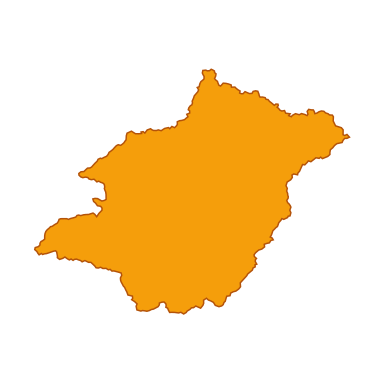 outline of Dom Feliciano, Rio Grande do Sul, Brazil, rotated 86°
{"feature_id": "56859067B48713778457520", "entity_name": "Dom Feliciano", "entity_type": "district", "adm_level": 2, "iso_a3": "BRA", "parent_name": "Brazil", "parent_adm1": "Rio Grande do Sul", "projection": "orthographic", "projection_center": [-52.217, -30.609], "detail": "fine", "context": "isolated", "style": "filled", "palette": "amber", "viewbox_px": 384, "rotation_deg": 86, "n_neighbors": 0, "source": "geoboundaries", "source_scale": "gbopen_adm2", "svg_char_len": 5239}
<svg xmlns="http://www.w3.org/2000/svg" viewBox="0 0 384 384"><g transform="rotate(86 192 192)"><path d="M238.5,352.9L240.5,350.9L242.4,350.0L244.0,348.9L242.8,346.6L243.9,345.4L243.4,343.6L243.3,341.4L242.2,337.2L241.4,334.3L241.1,332.2L242.4,331.2L246.5,330.7L248.1,330.9L250.0,328.8L249.2,325.6L248.0,323.3L250.0,320.9L251.2,319.1L250.4,317.3L251.9,315.4L251.0,313.9L250.9,311.8L251.8,310.0L252.6,307.9L254.0,306.5L252.9,303.6L254.9,300.2L255.1,297.8L257.2,295.8L259.1,294.1L260.9,293.0L261.3,290.9L260.7,288.4L262.1,286.2L262.2,283.0L263.8,280.9L263.5,279.0L265.3,277.4L265.3,275.4L267.0,270.4L267.9,268.3L270.2,267.9L272.7,269.4L275.0,269.4L276.6,269.0L278.8,268.0L281.1,267.0L282.4,265.9L285.1,264.9L287.1,264.0L290.3,263.1L291.7,258.7L294.0,258.6L295.2,259.7L297.3,256.9L299.8,254.6L302.1,255.7L305.8,255.2L307.2,251.3L306.8,249.6L307.2,247.6L307.8,245.3L307.3,242.8L306.4,240.8L306.1,238.5L304.0,233.8L302.3,232.5L300.5,232.3L299.8,229.8L299.8,227.5L301.7,225.9L303.4,225.7L305.2,226.1L306.2,224.4L308.2,223.8L310.6,222.7L310.6,220.8L310.9,217.8L311.7,213.8L311.2,211.5L313.1,208.8L311.8,206.2L310.4,205.1L309.0,202.3L307.5,200.6L307.5,198.5L306.0,196.2L308.5,191.5L305.8,189.0L303.8,188.1L300.7,188.0L299.0,185.0L300.9,183.2L301.9,181.0L303.6,178.3L306.7,176.7L308.3,173.1L307.7,170.3L306.5,168.7L304.4,167.8L303.4,166.5L300.3,165.4L298.4,164.6L298.1,161.3L295.5,160.4L294.4,157.8L293.9,155.1L292.0,152.1L289.9,150.2L286.0,150.2L280.4,144.3L279.2,143.1L277.8,142.3L274.1,137.2L272.1,136.4L271.1,134.2L269.0,134.2L268.5,132.4L265.9,133.7L264.0,133.5L262.8,132.3L260.7,134.3L259.0,134.5L257.1,132.9L254.6,129.6L253.8,126.3L251.8,123.4L249.2,123.6L248.5,121.0L248.1,118.3L245.9,116.8L245.4,114.3L243.5,115.2L242.4,117.1L240.3,115.7L238.4,114.9L236.2,114.0L234.9,112.4L233.4,110.8L232.4,109.2L230.7,108.4L228.7,107.6L226.2,105.1L224.8,104.2L225.7,102.4L225.0,100.6L224.2,98.5L222.8,97.7L222.7,95.9L219.6,94.8L217.0,95.7L214.0,94.4L212.6,94.9L210.8,95.9L209.3,97.3L207.1,98.1L204.8,96.5L203.3,96.3L201.9,96.7L200.1,96.7L197.7,97.5L195.0,96.7L192.3,97.8L188.7,96.4L186.7,92.7L184.5,90.9L182.1,91.1L181.1,89.3L182.2,85.5L180.6,85.1L178.7,83.2L176.6,82.1L172.3,79.8L172.8,77.6L170.4,74.9L169.1,73.8L170.1,71.3L167.7,67.7L166.5,66.0L167.3,62.8L166.2,61.2L167.8,59.6L166.0,54.1L164.2,51.8L162.2,51.7L159.5,51.0L157.7,48.5L155.6,46.6L153.9,44.2L153.1,38.8L151.1,37.8L149.2,36.0L149.3,33.7L148.3,31.1L145.4,33.4L146.3,35.7L145.4,37.3L140.5,36.9L138.3,38.5L136.0,44.2L131.0,46.2L126.8,45.7L125.1,46.6L124.7,49.5L123.4,50.8L122.4,53.3L120.7,54.8L120.2,57.3L120.8,59.7L122.0,61.9L122.4,64.0L120.4,64.4L118.6,65.2L118.4,67.2L117.7,69.8L119.6,71.5L122.5,70.9L123.8,71.9L122.6,73.9L121.4,77.3L122.4,79.6L121.1,83.3L122.6,86.6L123.8,87.6L122.6,90.2L120.8,88.7L119.9,93.1L117.2,94.0L117.5,96.8L116.4,98.7L114.6,99.8L113.4,101.2L111.8,99.9L110.4,100.1L110.1,102.2L111.3,103.8L108.4,106.8L107.0,108.4L105.1,109.7L104.7,111.7L103.0,112.4L102.2,115.0L102.1,117.5L100.6,118.2L99.1,118.4L96.1,119.3L95.5,121.5L95.9,124.0L97.8,125.2L97.8,127.9L96.4,130.6L95.6,132.1L97.5,134.2L97.4,136.0L96.6,137.6L94.6,137.0L93.4,138.8L91.8,140.6L90.3,141.9L90.2,145.3L87.9,145.5L86.7,148.3L86.0,150.6L85.6,153.3L86.8,154.5L88.3,156.1L87.4,157.7L85.1,158.5L83.4,158.9L81.8,160.6L80.4,161.6L78.1,160.3L75.8,159.8L74.5,161.1L72.8,161.2L71.7,162.8L70.9,164.3L72.2,166.0L72.2,168.3L71.4,169.7L71.5,172.7L74.0,173.4L75.9,172.7L77.5,171.9L80.0,172.1L81.2,173.5L82.5,175.4L84.3,176.5L85.7,177.0L87.5,177.5L88.1,179.5L90.5,178.3L92.4,179.2L94.5,181.3L96.2,183.0L98.2,183.8L99.8,184.6L101.4,185.5L103.2,185.3L105.1,186.1L105.8,187.6L107.8,189.3L109.7,190.0L110.8,188.7L113.1,188.8L114.1,191.8L116.7,190.8L118.1,192.9L119.3,194.4L119.9,197.3L120.0,199.4L120.9,201.8L123.6,201.9L125.1,203.1L126.6,204.9L125.2,207.5L127.3,209.8L126.1,210.9L126.4,213.1L126.7,214.9L128.7,218.5L127.7,221.3L128.2,223.3L127.9,226.2L127.1,227.7L126.0,228.9L127.0,232.4L129.9,234.9L128.4,236.5L128.6,238.6L130.1,238.2L130.2,241.0L129.9,244.4L127.1,248.2L128.8,252.7L131.3,253.6L133.0,253.8L135.3,254.1L136.6,255.3L138.2,256.5L139.4,258.1L140.5,259.9L139.7,262.3L140.5,264.2L142.3,266.2L144.1,268.0L145.6,270.2L146.7,272.0L148.6,273.0L150.4,274.7L151.4,277.5L152.4,279.6L151.9,281.1L152.8,283.4L154.7,284.5L156.3,286.5L158.5,288.8L160.1,290.4L160.9,292.1L160.9,294.6L162.5,296.6L164.0,298.3L164.1,301.4L165.6,303.6L167.3,303.6L169.2,301.9L170.1,299.9L169.7,297.3L170.3,294.9L171.8,293.9L172.7,291.6L172.4,288.9L173.6,287.7L175.3,286.2L174.7,284.3L176.1,282.2L176.7,280.5L178.2,279.0L181.0,278.7L182.4,279.2L184.3,278.7L185.9,278.1L188.5,277.9L193.4,278.2L194.3,280.0L194.7,282.6L192.0,286.6L191.6,289.2L192.0,291.4L194.6,290.8L196.3,289.0L199.1,287.3L199.9,284.1L201.8,282.9L203.9,283.1L206.8,286.3L210.0,288.8L207.4,290.6L206.1,292.2L206.6,294.4L207.2,296.6L207.1,299.3L207.2,301.8L207.8,304.6L207.1,306.7L207.4,308.4L208.9,309.7L209.5,312.3L210.0,315.2L210.7,317.1L209.9,318.8L209.7,321.3L209.5,324.9L210.0,326.5L211.9,327.3L213.7,328.6L214.4,330.2L215.4,332.1L216.5,333.8L216.7,335.5L218.4,337.4L219.4,338.9L221.1,340.5L223.2,341.5L225.4,342.0L228.8,342.3L230.1,344.3L230.9,346.1L232.5,347.2L234.3,347.4L235.8,349.1L236.5,352.3L238.5,352.9Z" fill="#f59e0b" stroke="#b45309" stroke-width="1.5"/></g></svg>